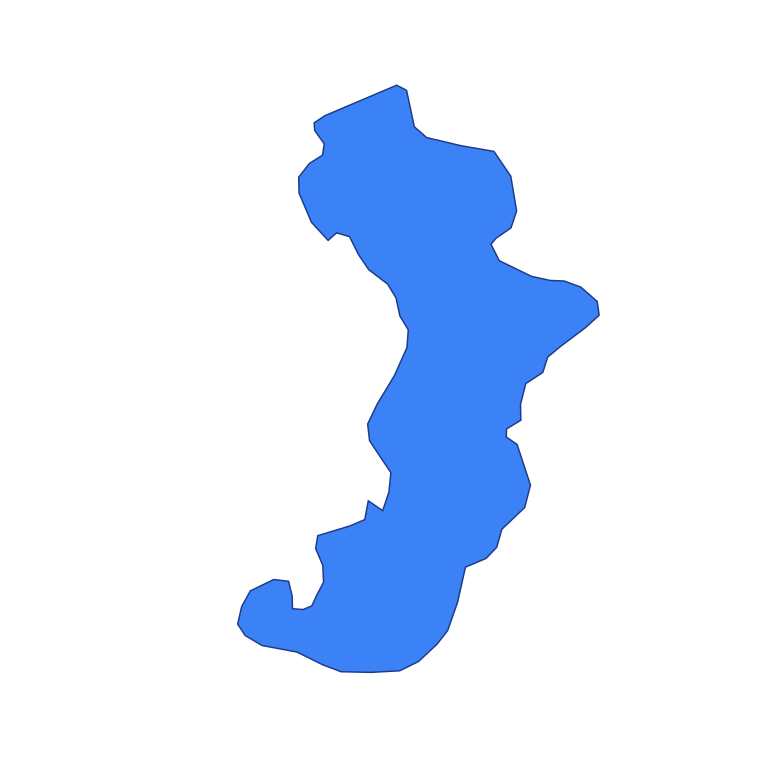 Amanat Al Asimah, Albers equal-area conic projection, rotated 157°
{"feature_id": "YEM-3498", "entity_name": "Amanat Al Asimah", "entity_type": "Governorate", "adm_level": 1, "iso_a3": "YEM", "parent_name": "Yemen", "parent_adm1": "", "projection": "albers", "projection_center": [44.251, 15.453], "detail": "fine", "context": "isolated", "style": "filled", "palette": "blue", "viewbox_px": 768, "rotation_deg": 157, "n_neighbors": 0, "source": "natural_earth", "source_scale": "10m", "svg_char_len": 1275}
<svg xmlns="http://www.w3.org/2000/svg" viewBox="0 0 768 768"><g transform="rotate(157 384 384)"><path d="M481.7,113.9L508.8,123.7L535.9,135.9L550.0,149.3L568.9,171.3L598.3,190.8L610.1,206.7L612.5,220.2L601.9,234.8L587.8,245.8L561.9,247.1L548.9,239.7L551.3,225.1L556.0,212.9L546.5,208.0L537.1,208.0L527.7,216.5L517.1,225.1L511.2,241.0L511.2,259.3L504.2,270.3L471.2,266.7L454.7,266.7L444.1,282.6L434.7,267.9L421.7,282.6L412.3,299.7L417.0,324.1L419.4,337.6L414.7,353.5L398.2,368.1L371.1,387.7L348.7,408.5L340.5,424.3L342.8,440.2L339.3,458.6L341.6,474.5L353.4,495.2L357.0,513.6L358.1,533.1L368.7,541.7L379.3,538.0L387.6,561.2L387.6,593.0L381.7,607.7L366.4,616.2L351.1,618.7L345.2,628.5L348.7,644.3L346.3,651.7L333.4,654.1L300.4,654.1L255.6,654.1L248.5,645.5L255.6,608.9L248.5,594.2L220.2,573.4L191.9,555.1L186.1,525.7L194.3,491.5L206.1,478.1L223.8,474.4L230.9,470.8L229.7,452.4L206.2,425.5L190.8,414.5L177.9,408.4L164.9,396.2L155.5,376.6L159.1,363.2L176.7,357.1L206.2,349.8L222.7,344.9L233.3,332.6L253.3,329.0L266.3,311.9L272.2,297.2L288.7,294.8L292.2,287.4L285.1,276.4L288.7,233.7L302.8,215.3L332.2,204.3L344.0,189.7L358.1,183.6L380.5,183.6L387.6,173.8L401.7,154.2L421.7,132.2L437.0,123.7L460.6,115.1L481.7,113.9Z" fill="#3b82f6" stroke="#1e3a8a" stroke-width="1.5"/></g></svg>